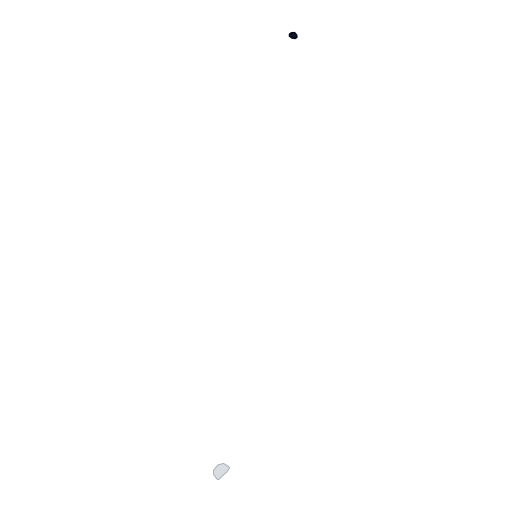 location of Mauke within Cook Islands, rotated 306°
{"feature_id": "COK-4955", "entity_name": "Mauke", "entity_type": "state/province", "adm_level": 1, "iso_a3": "COK", "parent_name": "Cook Islands", "parent_adm1": "", "projection": "robinson", "projection_center": [-157.33, -20.158], "detail": "fine", "context": "in_parent", "style": "filled", "palette": "ink", "viewbox_px": 512, "rotation_deg": 306, "n_neighbors": 0, "source": "natural_earth", "source_scale": "10m", "svg_char_len": 462}
<svg xmlns="http://www.w3.org/2000/svg" viewBox="0 0 512 512"><g transform="rotate(306 256 256)"><path d="M69.0,359.2L63.9,359.3L57.3,357.9L53.1,357.2L52.6,355.5L54.3,350.2L57.7,347.6L64.5,348.0L69.1,351.6L69.6,357.7L69.0,359.2Z" fill="#d9dde1" stroke="#a8b0b8" stroke-width="1"/><path d="M459.4,156.0L458.6,159.1L456.9,160.5L455.0,159.8L453.5,157.0L453.6,153.8L455.3,152.7L457.5,153.5L459.4,156.0Z" fill="#0f172a" stroke="#020617" stroke-width="1.5"/></g></svg>